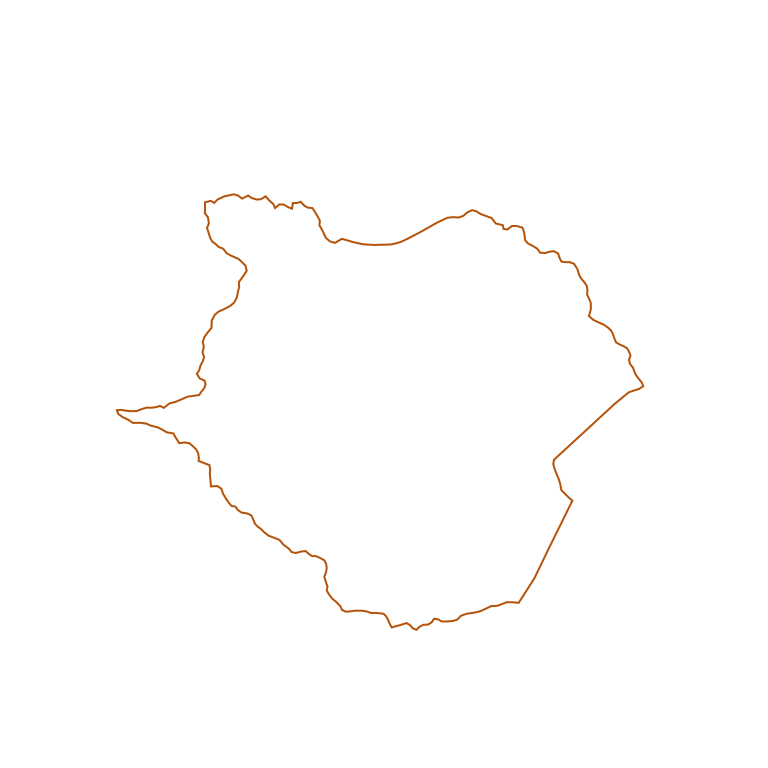 Silva Jardim, Rio de Janeiro, Brazil, rotated 230°
{"feature_id": "56859067B6449938642044", "entity_name": "Silva Jardim", "entity_type": "district", "adm_level": 2, "iso_a3": "BRA", "parent_name": "Brazil", "parent_adm1": "Rio de Janeiro", "projection": "mercator", "projection_center": [-42.381, -22.568], "detail": "fine", "context": "isolated", "style": "outline", "palette": "amber", "viewbox_px": 768, "rotation_deg": 230, "n_neighbors": 0, "source": "geoboundaries", "source_scale": "gbopen_adm2", "svg_char_len": 3886}
<svg xmlns="http://www.w3.org/2000/svg" viewBox="0 0 768 768"><g transform="rotate(230 384 384)"><path d="M638.2,363.6L633.8,359.9L629.8,356.5L624.8,356.3L619.4,352.9L617.4,348.8L612.8,346.9L607.2,344.6L603.6,344.0L599.6,345.0L595.4,345.4L591.0,347.8L585.6,347.5L581.4,349.0L572.9,353.1L563.7,354.0L558.9,351.5L556.9,344.6L555.4,338.4L551.4,335.4L548.9,331.9L544.8,326.7L542.7,321.7L542.7,316.3L544.3,308.8L545.8,304.0L545.8,299.0L543.4,292.9L537.9,287.9L536.8,282.1L535.4,276.5L532.7,272.1L528.4,270.0L525.0,265.4L520.3,263.5L517.9,259.8L516.1,255.3L513.3,251.2L512.1,247.2L506.7,246.4L501.9,248.7L498.6,247.2L496.5,244.0L495.5,239.2L494.4,235.2L497.7,230.0L500.7,225.1L502.2,219.7L504.3,212.9L507.0,207.2L507.3,200.0L511.2,198.3L512.8,194.5L515.0,191.0L518.3,187.2L520.2,183.1L522.3,177.1L526.2,172.2L530.2,168.5L533.2,166.0L535.6,162.5L531.9,161.2L526.3,162.6L521.1,165.1L515.6,166.6L511.1,172.2L506.5,176.4L501.5,178.9L496.5,182.7L491.7,184.7L486.5,186.6L481.4,191.0L478.0,190.1L474.4,189.7L470.3,189.1L467.2,193.9L463.5,197.0L458.9,197.6L454.7,198.1L450.6,197.2L446.8,195.0L444.1,192.5L439.9,194.9L434.1,198.1L430.3,196.0L427.5,193.1L422.3,189.5L416.8,185.6L412.9,190.8L408.3,192.1L403.1,190.1L398.1,189.3L393.4,188.8L388.6,188.8L385.5,191.4L381.6,191.0L376.9,192.3L373.1,195.8L368.6,197.9L365.0,197.0L359.7,195.3L355.7,195.6L351.8,196.6L347.6,196.9L342.0,198.1L336.5,201.2L331.8,203.7L325.5,203.7L319.1,205.3L314.7,205.2L311.2,207.8L309.1,212.5L306.4,216.6L302.5,217.1L298.3,218.3L296.0,221.2L291.4,223.4L287.2,225.0L283.5,224.1L279.8,221.8L277.0,218.5L274.6,214.3L269.4,212.1L265.0,210.4L262.7,207.4L258.3,206.6L252.7,206.4L247.2,207.4L241.8,207.7L238.0,206.6L234.0,208.5L231.5,212.1L228.9,216.2L225.1,220.8L220.7,224.7L217.1,226.7L214.4,230.0L211.2,233.3L208.2,236.0L204.7,236.3L200.9,235.6L196.8,234.2L192.5,233.5L190.3,238.5L188.2,243.1L186.4,247.6L182.8,248.9L178.0,249.1L174.8,251.0L175.2,254.9L174.3,259.3L171.4,263.1L170.8,267.4L172.0,271.4L168.9,274.2L165.0,275.6L162.0,279.1L158.3,284.3L156.4,288.7L157.0,293.9L154.9,299.5L151.8,304.6L149.8,308.0L148.1,311.7L146.4,317.5L145.0,323.3L141.3,328.1L139.2,334.1L138.0,337.7L134.2,342.1L129.8,346.5L138.4,374.0L146.9,393.0L153.1,406.8L173.5,453.3L178.3,452.6L183.7,452.0L188.9,451.7L193.7,454.5L198.0,456.4L203.8,458.3L209.6,460.2L214.0,462.3L216.7,465.6L219.8,533.1L220.5,547.9L220.3,566.2L218.8,570.1L216.3,576.2L215.7,581.2L219.2,582.4L223.6,582.5L228.5,582.7L232.1,583.6L236.3,585.2L241.3,585.4L245.1,587.3L247.3,591.1L251.4,592.5L255.0,593.2L258.9,591.9L263.1,589.8L266.7,588.5L270.9,589.8L275.2,591.5L278.8,592.3L282.9,591.9L288.4,590.4L293.2,588.0L298.5,585.6L304.3,584.6L308.2,590.4L313.3,594.6L317.9,596.0L322.2,597.2L325.1,600.2L329.1,602.5L333.2,602.9L338.3,602.8L342.5,603.7L347.6,606.0L354.0,606.8L358.2,604.4L360.5,601.5L363.6,598.6L368.1,599.6L372.1,601.3L376.7,599.4L378.9,595.9L380.6,591.9L384.2,588.0L389.1,588.4L394.0,586.8L399.2,584.6L403.7,584.6L407.3,587.1L410.4,588.9L414.7,590.6L419.6,587.3L422.8,583.6L423.1,577.7L426.0,575.3L429.3,577.1L435.1,572.8L442.1,573.1L448.5,569.3L452.2,567.3L457.2,565.6L460.5,563.3L461.9,558.1L461.8,552.8L463.7,548.0L467.3,544.3L470.5,539.6L471.8,534.9L473.3,529.2L474.3,524.4L475.1,519.6L476.1,514.2L477.2,508.6L478.7,501.9L480.1,495.4L482.0,488.3L484.1,483.4L486.1,479.6L488.6,476.2L491.1,473.1L494.0,469.4L497.2,465.4L504.8,457.5L512.8,451.4L515.9,449.4L519.0,447.3L522.3,445.0L523.6,437.2L527.9,434.3L533.4,433.4L538.1,434.7L541.7,435.6L547.2,436.6L550.4,439.9L555.8,441.0L561.0,441.8L564.9,442.2L567.9,439.1L571.6,437.6L577.2,437.3L578.6,433.7L581.2,430.4L577.4,426.2L580.9,424.3L586.1,422.4L588.9,419.1L588.8,413.7L593.0,414.9L599.0,414.0L603.8,414.0L604.7,408.4L607.1,405.1L611.4,402.2L615.7,401.1L617.2,394.5L621.9,393.4L625.9,390.9L627.9,387.0L630.3,382.4L632.3,375.3L631.9,370.3L635.7,369.0L638.2,363.6Z" fill="none" stroke="#b45309" stroke-width="2"/></g></svg>